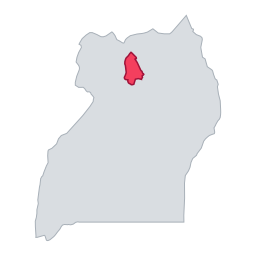 Gulu highlighted on a map of Uganda
{"feature_id": "UGA-3098", "entity_name": "Gulu", "entity_type": "County", "adm_level": 1, "iso_a3": "UGA", "parent_name": "Uganda", "parent_adm1": "", "projection": "natural_earth1", "projection_center": [32.435, 2.878], "detail": "fine", "context": "in_parent", "style": "filled", "palette": "rose", "viewbox_px": 256, "rotation_deg": 0, "n_neighbors": 0, "source": "natural_earth", "source_scale": "10m", "svg_char_len": 2748}
<svg xmlns="http://www.w3.org/2000/svg" viewBox="0 0 256 256"><path d="M183.9,222.1L180.2,222.1L174.1,222.1L168.0,222.1L161.9,222.1L155.8,222.1L149.7,222.1L143.7,222.1L137.6,222.1L131.5,222.1L125.4,222.1L119.3,222.1L113.2,222.1L107.2,222.1L101.1,222.1L95.0,222.1L88.9,222.1L82.8,222.1L79.2,222.1L78.5,222.0L78.0,221.8L75.7,222.3L73.3,224.1L70.8,224.8L68.1,224.5L67.8,224.7L66.4,224.6L64.4,224.5L62.6,225.0L61.3,226.5L59.9,229.1L57.4,232.1L55.5,234.7L53.8,236.6L50.0,239.7L47.9,240.6L46.9,240.5L46.3,239.9L45.1,236.0L44.3,235.3L37.0,237.4L35.8,237.4L36.0,236.2L35.4,226.8L35.3,221.1L36.3,217.6L36.9,213.4L36.9,209.8L38.3,203.6L37.8,199.9L39.5,186.9L40.0,184.8L40.7,178.6L41.8,176.6L42.7,175.9L44.0,172.0L46.4,165.9L48.1,162.7L47.7,155.8L48.0,151.1L48.4,150.0L51.9,148.3L56.6,143.9L58.5,138.8L61.3,135.5L66.7,133.4L82.6,115.8L90.0,106.4L93.2,101.5L93.3,99.8L93.9,97.5L92.6,95.7L91.1,94.1L90.6,92.6L89.3,91.8L87.4,91.9L86.1,90.8L84.7,88.6L83.2,87.3L78.7,87.4L75.3,85.2L75.3,82.3L76.7,76.4L79.3,69.7L79.5,67.9L79.1,66.3L78.4,65.0L77.3,63.6L76.1,62.0L77.0,57.2L78.7,52.5L80.0,50.1L81.4,47.5L81.0,45.3L79.0,44.2L80.1,42.1L82.2,38.6L86.2,35.0L89.8,32.6L92.2,32.6L96.8,34.5L101.0,36.7L103.3,36.8L106.1,35.9L111.9,31.9L113.3,33.2L115.0,35.6L116.8,39.6L120.4,41.5L122.2,42.7L123.4,43.1L124.1,42.8L125.5,39.6L127.2,37.9L130.3,35.7L137.1,34.0L141.9,33.5L144.0,33.1L147.4,32.1L152.9,28.8L158.2,33.0L164.1,33.8L169.7,33.8L171.4,32.5L172.4,31.5L178.3,24.7L186.3,15.4L191.7,28.5L193.5,29.2L193.3,30.4L192.8,31.5L196.3,34.6L200.6,36.3L202.1,37.9L202.3,39.7L200.8,47.3L201.1,49.5L202.5,57.2L205.1,58.9L207.3,66.7L211.9,69.9L212.6,70.9L213.6,74.6L215.1,78.7L216.2,79.7L216.8,79.9L218.2,84.3L217.4,86.7L218.5,94.2L220.2,100.8L220.6,108.7L220.7,112.2L220.6,114.4L220.2,117.4L219.4,119.1L217.9,120.8L216.3,123.5L214.9,126.4L214.0,127.8L214.7,132.1L214.5,133.2L214.2,133.7L212.1,134.4L209.4,135.5L207.8,136.7L205.5,138.8L203.7,141.2L201.3,148.1L197.2,153.5L196.5,155.3L192.7,158.5L191.0,162.4L190.0,167.3L188.5,170.8L185.3,175.6L184.5,183.1L184.6,198.2L183.8,215.4L183.9,222.1Z" fill="#d9dde1" stroke="#a8b0b8" stroke-width="1"/><path d="M136.4,58.3L136.0,58.8L135.3,58.8L135.0,59.1L137.2,62.5L140.6,69.9L141.1,70.7L141.6,71.0L142.0,71.4L142.3,72.4L142.7,73.3L143.4,73.7L143.8,74.3L143.3,75.1L142.4,75.4L142.1,76.0L142.3,76.6L142.5,77.5L142.0,78.2L141.5,78.6L141.5,79.4L138.3,78.6L135.4,79.2L133.8,84.3L132.4,84.7L131.2,84.7L130.5,84.0L129.4,83.6L128.5,82.9L128.0,81.9L127.8,81.1L127.8,80.3L127.9,79.8L125.8,79.6L124.8,79.0L124.3,77.8L124.6,76.7L125.2,75.6L125.6,74.4L126.1,73.1L126.2,72.1L125.4,65.5L124.8,63.9L124.9,61.6L125.6,59.1L126.2,57.9L128.4,55.7L129.7,53.7L131.0,52.3L132.0,53.1L136.2,57.4L136.4,58.3Z" fill="#f43f5e" stroke="#9f1239" stroke-width="1.5"/></svg>